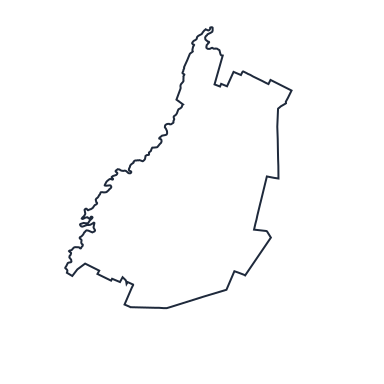 Sanmihaiu Roman, Timis, Romania, rotated 309°
{"feature_id": "2599482B8747692698997", "entity_name": "Sanmihaiu Roman", "entity_type": "district", "adm_level": 2, "iso_a3": "ROU", "parent_name": "Romania", "parent_adm1": "Timis", "projection": "robinson", "projection_center": [21.074, 45.699], "detail": "fine", "context": "isolated", "style": "outline", "palette": "slate", "viewbox_px": 384, "rotation_deg": 309, "n_neighbors": 0, "source": "geoboundaries", "source_scale": "gbopen_adm2", "svg_char_len": 6006}
<svg xmlns="http://www.w3.org/2000/svg" viewBox="0 0 384 384"><g transform="rotate(309 192 192)"><path d="M256.9,250.7L266.6,242.7L271.3,238.6L277.2,233.6L287.1,225.3L296.4,217.2L310.8,206.5L311.5,206.5L312.5,206.8L314.4,207.1L318.6,208.7L320.1,209.2L321.2,208.1L325.6,207.3L333.5,205.5L328.5,182.5L324.0,183.5L323.3,180.7L322.5,176.7L320.2,166.8L319.7,163.6L318.9,160.8L318.8,159.8L317.9,155.9L317.6,155.7L316.8,155.7L313.7,156.4L311.5,148.7L296.2,152.7L294.4,146.6L291.6,147.4L289.8,141.8L317.4,130.0L316.7,128.8L316.7,128.2L316.8,127.8L317.3,127.0L319.4,124.2L319.5,123.9L319.3,123.0L319.1,121.2L318.4,120.1L318.1,120.0L317.0,118.6L316.9,118.3L316.9,117.3L316.7,116.9L316.2,116.5L315.3,116.2L314.4,115.7L313.3,114.3L313.1,113.9L313.1,113.4L313.1,112.6L313.3,112.3L313.8,111.8L314.4,111.6L315.3,111.0L316.9,111.1L317.9,110.9L318.6,111.2L319.1,111.1L319.3,110.9L319.4,110.6L318.9,109.5L318.9,106.8L319.0,106.5L319.3,106.0L320.5,104.9L322.0,104.7L323.2,105.0L324.2,104.8L324.5,104.9L327.4,106.3L329.3,106.9L330.5,106.4L332.6,104.7L332.7,104.4L332.7,104.1L332.4,103.6L332.1,103.2L331.2,102.7L330.5,103.3L329.8,103.5L328.7,103.5L328.0,103.2L327.6,102.5L327.0,100.2L326.2,100.2L325.3,99.9L324.3,99.9L322.6,99.9L321.5,100.1L320.8,100.1L317.5,98.7L316.6,98.5L315.4,98.5L314.2,99.2L313.6,99.3L312.2,99.0L311.2,98.5L310.4,98.2L308.6,98.2L308.1,98.3L307.6,98.6L307.4,99.3L307.3,99.7L307.7,100.7L307.6,101.1L305.4,101.5L303.2,102.6L302.5,103.0L301.7,104.2L300.7,104.0L298.4,103.4L298.0,103.4L291.3,105.4L283.9,107.3L283.7,107.7L282.9,108.2L281.7,108.4L280.5,109.1L279.0,109.4L278.5,109.7L278.3,110.1L278.5,111.6L278.5,112.1L278.1,112.3L276.5,112.5L276.1,113.0L273.4,115.0L273.2,115.3L273.0,115.5L271.9,115.7L268.9,115.6L268.1,115.8L267.6,116.0L266.9,116.5L265.7,117.7L264.9,118.1L254.0,121.8L254.4,130.0L253.5,129.8L251.7,130.5L250.7,130.5L249.2,130.1L248.2,129.6L247.7,129.5L246.7,129.7L243.5,130.8L241.8,130.9L239.5,130.3L239.0,130.4L238.6,130.7L238.2,131.1L237.7,132.0L237.3,132.4L235.3,133.0L234.6,133.7L234.0,133.9L232.7,133.5L231.5,133.1L231.1,132.7L230.7,132.3L230.6,131.4L229.9,130.5L228.9,129.7L227.5,129.2L226.4,129.4L225.2,130.2L225.0,130.8L224.9,131.6L223.6,134.2L222.8,135.0L222.0,135.7L220.8,136.1L220.4,136.0L219.2,135.2L217.0,133.3L213.8,132.6L213.2,132.7L212.9,132.9L212.9,133.0L213.2,133.7L213.4,134.5L213.4,134.8L213.1,135.6L212.0,136.6L210.8,137.0L208.9,136.8L205.1,136.8L204.5,136.4L202.3,134.2L201.8,133.5L201.4,133.2L199.5,133.6L198.2,134.2L196.9,134.0L195.6,133.7L195.1,134.1L194.6,134.7L193.9,135.0L193.6,135.0L192.2,133.6L190.8,133.2L188.1,134.7L186.8,134.8L185.2,134.5L185.0,134.4L184.7,134.0L184.4,132.9L183.7,131.1L182.8,130.4L182.3,129.6L181.5,129.0L180.9,128.2L180.3,127.8L179.7,127.6L178.4,127.7L178.3,128.0L177.8,128.1L175.5,127.4L174.3,127.3L173.2,127.5L172.6,127.9L170.5,128.4L169.6,128.9L169.3,129.3L169.1,129.9L169.6,131.4L169.5,132.0L169.2,132.3L168.7,132.5L167.8,132.3L167.5,132.1L166.7,130.8L166.7,130.0L166.8,128.7L166.8,127.4L166.3,126.3L165.1,125.3L164.3,123.9L164.1,123.5L163.9,122.4L163.9,121.7L163.6,120.9L163.0,120.2L162.9,119.9L160.8,119.4L160.4,119.4L160.1,119.5L159.9,119.8L159.8,120.3L159.9,121.6L159.8,121.9L159.4,122.3L158.5,122.5L157.6,122.4L156.3,121.6L154.8,120.6L153.5,120.2L153.0,120.2L152.9,120.3L152.7,120.8L152.5,122.3L152.1,122.6L151.7,122.5L151.5,122.2L150.9,120.7L150.5,120.1L149.9,119.8L149.6,119.7L147.3,119.2L146.1,119.1L143.0,119.7L142.3,119.9L142.2,120.0L142.3,120.5L143.0,121.5L145.4,123.9L145.8,124.6L145.7,125.0L145.4,125.8L144.8,126.3L144.2,126.4L143.2,126.3L141.9,126.0L140.6,126.1L139.0,125.7L138.3,125.7L137.6,125.2L136.7,124.3L136.1,123.6L135.5,122.5L134.5,121.4L134.3,121.3L133.4,121.5L132.1,122.0L131.2,121.8L129.3,122.2L128.5,122.2L127.7,122.1L126.7,121.8L125.5,122.0L125.3,122.2L124.7,123.0L123.9,124.0L123.9,124.7L123.7,125.2L123.4,125.4L122.9,125.5L122.4,125.5L120.6,124.7L119.8,124.7L117.1,124.9L115.0,124.2L113.9,123.4L112.4,122.7L112.3,122.4L112.5,121.4L112.6,120.6L112.3,120.1L111.8,119.8L110.8,119.7L110.4,119.8L109.8,120.7L109.0,121.5L108.6,122.1L107.9,122.8L107.6,122.9L106.0,123.2L105.0,123.2L103.0,122.9L102.0,123.1L102.1,123.8L102.5,124.2L105.0,125.3L106.5,126.5L106.6,126.9L106.5,127.5L106.5,128.3L106.6,128.8L106.7,129.0L107.4,129.2L108.9,129.1L109.4,129.2L109.8,129.9L109.8,130.3L109.6,130.7L109.3,130.8L108.5,130.9L105.7,130.5L102.8,130.8L102.2,130.7L101.9,130.4L100.8,129.1L99.8,127.3L96.9,125.4L96.2,125.5L95.9,126.0L95.7,126.5L95.6,127.5L95.9,128.3L96.1,128.6L97.3,129.4L98.9,130.3L100.0,131.0L100.8,131.7L101.3,132.5L102.4,133.5L104.5,134.4L106.3,134.9L106.5,135.2L106.5,135.6L106.3,135.8L103.3,137.3L102.4,137.9L102.0,138.7L101.5,140.3L101.0,140.9L100.5,141.0L99.9,141.0L98.9,140.4L98.0,140.1L97.8,139.7L96.8,135.9L96.0,134.4L95.7,134.1L94.8,133.9L93.1,133.9L92.7,133.7L90.5,134.2L88.6,134.1L87.6,133.9L86.4,133.4L85.8,133.5L85.6,133.6L85.3,134.1L85.3,135.7L85.2,136.2L84.9,136.6L83.2,137.6L82.7,138.1L82.4,138.9L82.3,139.2L82.4,140.0L82.2,140.4L81.3,140.9L79.9,140.8L78.3,141.1L78.0,140.9L77.8,140.5L77.8,140.3L77.9,139.6L77.9,139.1L77.8,138.8L75.6,135.9L75.4,135.7L74.5,135.2L73.9,135.1L71.2,135.0L70.5,134.6L69.7,133.9L68.9,133.6L68.7,133.6L68.5,134.5L68.6,135.6L68.6,136.2L68.4,136.5L68.0,136.7L67.2,137.0L66.8,137.2L65.4,137.1L64.7,137.4L64.1,137.8L63.9,138.0L63.8,138.6L63.4,140.4L63.3,140.7L62.0,142.1L61.3,142.1L61.0,141.9L59.5,140.6L59.1,140.4L58.5,140.2L55.5,140.9L53.6,141.1L53.2,141.3L53.1,141.5L53.0,143.4L52.8,144.1L52.5,144.6L52.1,144.9L50.5,145.6L51.4,151.8L59.7,151.6L69.1,154.0L72.5,169.4L68.8,170.1L72.2,184.9L74.3,184.5L76.7,192.7L82.1,191.7L81.9,194.2L81.7,196.0L81.2,197.0L79.4,199.0L81.5,198.7L83.0,204.5L82.7,204.8L79.5,205.5L62.1,210.4L63.7,216.1L63.7,216.6L78.8,236.2L81.5,239.6L84.0,243.2L85.9,245.5L89.7,248.1L117.6,266.6L137.7,280.3L157.1,274.8L158.4,278.4L160.5,284.8L160.6,285.8L206.2,282.0L208.6,275.1L208.4,274.2L201.8,263.9L207.5,261.1L211.3,259.4L214.8,257.6L226.8,251.9L227.1,251.8L251.2,240.4L254.6,246.8L256.9,250.7Z" fill="none" stroke="#1e293b" stroke-width="2"/></g></svg>